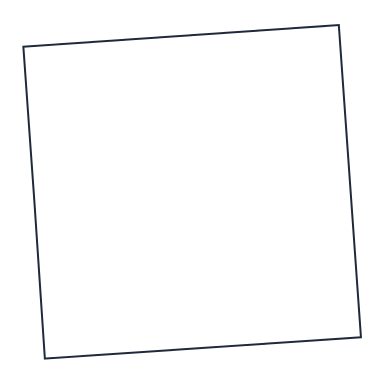 Adair, Iowa, United States of America, rotated 356°
{"feature_id": "52423323B63025537469888", "entity_name": "Adair", "entity_type": "district", "adm_level": 2, "iso_a3": "USA", "parent_name": "United States of America", "parent_adm1": "Iowa", "projection": "equal_earth", "projection_center": [-94.471, 41.331], "detail": "fine", "context": "isolated", "style": "outline", "palette": "slate", "viewbox_px": 384, "rotation_deg": 356, "n_neighbors": 0, "source": "geoboundaries", "source_scale": "gbopen_adm2", "svg_char_len": 245}
<svg xmlns="http://www.w3.org/2000/svg" viewBox="0 0 384 384"><g transform="rotate(356 192 192)"><path d="M350.4,348.7L350.1,35.7L33.9,35.3L34.1,191.5L33.6,347.9L192.4,348.3L350.4,348.7Z" fill="none" stroke="#1e293b" stroke-width="2"/></g></svg>